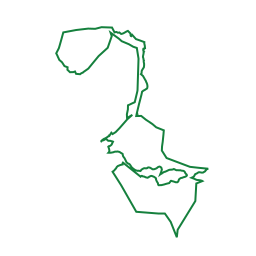 the district of San Bartolo Soyaltepec, Oaxaca, Mexico, rotated 104°
{"feature_id": "50627088B5288968218075", "entity_name": "San Bartolo Soyaltepec", "entity_type": "district", "adm_level": 2, "iso_a3": "MEX", "parent_name": "Mexico", "parent_adm1": "Oaxaca", "projection": "mercator", "projection_center": [-97.319, 17.577], "detail": "fine", "context": "isolated", "style": "outline", "palette": "green", "viewbox_px": 256, "rotation_deg": 104, "n_neighbors": 0, "source": "geoboundaries", "source_scale": "gbopen_adm2", "svg_char_len": 5182}
<svg xmlns="http://www.w3.org/2000/svg" viewBox="0 0 256 256"><g transform="rotate(104 128 128)"><path d="M148.1,40.3L149.5,49.6L150.7,58.5L147.8,83.3L141.7,89.7L137.7,90.5L132.9,91.0L125.9,92.0L121.6,92.7L120.5,100.8L118.3,105.2L115.6,112.7L113.1,118.1L114.4,122.9L111.9,123.0L111.9,122.5L111.3,122.8L111.3,123.0L102.8,123.1L92.7,123.0L89.3,123.1L88.6,122.5L88.0,122.1L87.1,121.0L86.2,120.2L85.2,119.2L84.6,119.0L83.5,119.1L82.8,119.2L82.0,119.5L80.9,120.0L79.7,120.8L78.9,121.5L77.7,122.3L77.1,123.0L75.9,124.1L73.9,126.0L72.6,128.5L72.0,128.2L71.4,128.1L70.7,128.3L70.0,128.4L69.2,128.5L68.0,128.2L67.4,128.0L66.5,127.7L65.3,127.3L64.4,127.4L63.5,127.5L61.8,127.9L60.8,128.4L60.1,128.7L59.2,129.0L58.6,128.9L58.1,129.4L57.0,129.8L56.1,130.3L55.5,130.7L54.6,130.8L52.7,130.9L52.4,130.9L50.8,131.1L50.4,131.0L50.4,131.3L50.2,132.0L50.2,131.8L49.8,131.7L49.7,131.5L49.2,131.9L48.4,132.0L48.3,131.9L48.3,131.7L47.9,131.7L47.9,132.0L47.7,132.3L47.3,132.2L46.9,131.4L46.8,131.2L46.6,131.2L46.4,130.8L43.9,131.7L41.9,132.7L40.7,132.9L40.2,137.3L39.8,141.8L36.6,146.5L38.1,147.1L38.0,147.5L37.6,147.8L37.3,147.6L36.7,147.7L36.4,148.3L35.7,148.5L33.8,151.6L34.4,152.4L35.2,153.3L36.4,154.5L37.3,155.5L37.9,156.4L38.4,157.4L38.1,158.1L37.8,158.7L37.4,159.5L37.8,160.2L38.0,161.1L37.8,161.6L37.6,162.4L37.9,163.1L38.1,163.6L38.5,164.2L34.4,167.8L36.6,178.1L39.7,183.8L41.2,190.7L45.5,202.1L50.9,213.9L59.0,214.1L65.2,214.3L67.3,214.4L72.9,215.7L74.9,214.0L75.0,213.9L76.0,213.2L77.3,212.1L78.5,211.2L80.2,207.9L83.3,204.6L83.7,201.3L86.1,200.9L87.9,197.8L87.0,194.6L86.0,193.1L88.0,191.5L87.4,187.5L86.2,186.6L85.8,186.1L85.2,185.2L84.6,184.9L80.0,180.9L74.3,178.2L65.3,173.9L62.6,172.1L55.1,167.1L42.8,166.0L39.7,168.0L43.5,158.5L45.3,155.1L46.5,147.4L47.9,142.6L48.2,138.8L58.1,134.6L60.8,134.0L89.1,127.9L90.6,127.8L101.3,127.7L106.0,133.5L110.0,132.6L115.0,132.4L118.6,131.3L114.2,127.0L119.7,130.8L130.2,136.2L135.0,139.0L137.6,141.5L136.6,143.0L139.5,144.0L139.7,144.4L140.1,144.2L140.5,144.4L140.9,145.2L141.4,145.5L142.6,146.6L144.1,148.1L144.1,148.4L144.2,148.5L145.7,149.9L147.5,150.9L147.9,151.2L147.6,150.7L147.4,150.6L147.1,150.5L146.7,150.3L146.3,150.1L146.2,149.8L146.0,149.1L145.6,148.5L145.1,148.1L144.6,147.6L144.2,146.8L144.2,146.0L144.6,145.2L145.1,144.4L145.1,143.5L144.9,142.9L144.7,142.1L144.8,141.3L144.8,139.4L144.9,139.2L145.8,139.5L147.3,139.7L148.3,140.0L149.0,140.5L149.6,141.0L150.1,141.7L150.3,142.2L150.6,142.4L150.9,142.6L151.5,142.2L152.7,141.4L153.8,140.9L154.4,140.6L155.3,140.5L156.1,140.7L156.7,141.0L156.4,139.7L156.1,138.6L155.6,137.5L155.1,136.4L154.6,135.7L154.3,135.3L153.8,134.0L153.7,133.3L153.3,132.4L153.3,130.5L153.6,129.5L153.8,129.2L154.0,128.2L154.3,127.4L154.5,126.9L155.1,126.7L156.6,125.9L157.4,125.0L157.9,124.3L159.0,123.3L160.2,122.3L161.5,121.3L162.4,119.7L162.5,118.6L162.8,117.7L163.4,116.9L165.2,115.0L166.3,112.9L167.1,110.7L167.2,109.7L167.2,109.1L167.2,108.2L166.9,107.5L166.9,107.2L166.8,106.6L166.8,106.1L166.8,105.7L166.4,105.3L165.2,104.9L164.7,104.4L163.7,103.4L163.2,102.7L163.0,102.2L162.9,101.4L162.8,100.6L162.5,100.2L162.3,99.7L161.7,99.3L161.3,98.7L161.2,97.9L161.2,97.0L161.5,95.9L161.8,95.0L162.1,94.2L161.8,92.9L160.8,91.3L159.9,90.3L159.0,89.7L158.4,89.1L157.8,88.1L157.9,87.2L158.4,86.1L160.1,85.1L162.8,85.2L165.2,85.5L164.7,85.1L164.5,84.8L164.0,84.2L163.3,83.8L162.9,83.3L161.8,82.2L161.6,81.7L161.4,81.3L160.6,80.3L159.8,79.3L159.0,78.4L158.5,77.6L158.2,76.8L158.1,76.3L157.9,75.7L157.7,75.3L157.5,74.7L157.2,74.2L156.7,73.6L156.9,72.5L157.2,71.3L157.2,70.5L156.9,69.5L156.7,68.2L156.5,67.6L156.3,66.9L156.4,66.3L156.4,65.5L156.3,64.8L156.2,64.3L156.2,63.6L156.4,63.1L156.7,62.5L157.3,61.9L157.8,61.6L158.5,60.7L158.8,60.2L159.0,59.8L159.7,59.4L160.6,59.7L160.7,59.9L161.7,61.0L162.2,62.0L162.6,62.6L163.1,63.2L163.5,64.1L163.9,64.8L164.8,65.6L165.6,66.1L166.7,66.2L167.7,66.3L168.2,66.6L168.7,67.0L169.1,68.5L168.9,70.7L168.9,72.0L168.9,72.7L168.8,73.3L168.9,73.6L169.6,73.9L170.8,74.4L171.5,74.7L172.3,76.3L172.8,77.2L173.2,77.9L173.9,79.0L174.7,80.5L175.4,81.9L175.7,83.1L176.0,84.0L176.1,84.4L175.9,84.8L175.3,85.2L174.2,85.7L173.7,86.2L173.0,87.0L171.3,88.3L170.6,88.5L170.0,88.8L169.7,89.3L169.0,91.2L168.9,92.4L168.8,93.0L168.8,93.4L168.9,94.0L169.4,94.7L170.1,95.6L170.7,96.0L171.0,96.4L171.2,96.6L171.5,96.9L171.6,98.6L171.2,100.7L171.4,101.8L171.2,102.3L171.1,102.9L171.3,103.5L172.2,104.0L162.8,124.5L163.4,124.7L163.8,124.7L164.2,124.5L164.7,124.4L164.9,124.9L165.9,126.7L166.6,127.6L167.3,128.6L168.3,129.3L169.0,129.6L169.9,129.8L170.1,129.9L170.8,130.2L171.2,130.5L171.6,130.7L171.9,130.8L172.4,131.0L174.2,132.4L177.2,129.2L185.2,120.8L207.3,99.7L203.7,78.2L202.1,71.5L208.3,64.4L208.7,63.9L222.2,54.2L214.7,55.2L207.5,52.9L182.6,45.0L165.3,48.3L161.5,43.0L161.3,43.6L161.3,44.0L161.3,44.6L161.3,45.3L161.4,46.3L161.5,47.2L161.7,48.1L161.7,49.0L161.6,49.7L161.5,50.4L161.3,51.0L160.9,54.3L159.7,52.8L159.0,52.3L158.3,52.1L157.9,52.0L156.5,51.6L156.1,51.1L155.7,50.5L155.4,50.2L154.2,49.1L153.7,48.4L153.6,47.4L153.5,46.8L153.5,46.0L153.3,45.0L153.0,44.3L152.5,43.9L151.9,43.2L151.2,42.6L150.5,42.5L149.8,42.0L149.2,41.9L148.1,40.3Z" fill="none" stroke="#15803d" stroke-width="2"/></g></svg>